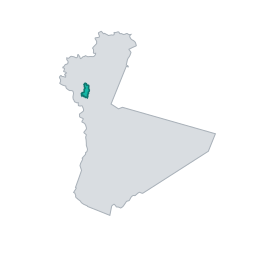 location of Bla, Ségou, Mali, rotated 112°
{"feature_id": "8926073B53903332689390", "entity_name": "Bla", "entity_type": "district", "adm_level": 2, "iso_a3": "MLI", "parent_name": "Mali", "parent_adm1": "Ségou", "projection": "mercator", "projection_center": [-5.818, 12.918], "detail": "fine", "context": "in_parent", "style": "filled", "palette": "teal", "viewbox_px": 256, "rotation_deg": 112, "n_neighbors": 0, "source": "geoboundaries", "source_scale": "gbopen_adm2", "svg_char_len": 5383}
<svg xmlns="http://www.w3.org/2000/svg" viewBox="0 0 256 256"><g transform="rotate(112 128 128)"><path d="M49.6,186.6L49.7,185.8L49.0,185.2L49.3,182.6L49.3,182.0L49.6,180.8L49.1,180.2L49.0,179.8L47.9,178.3L47.6,177.0L47.0,176.1L45.7,175.8L45.2,176.6L44.9,176.7L44.4,176.2L44.2,175.7L44.2,175.3L42.5,173.2L42.6,172.1L43.3,171.5L43.5,170.6L42.9,169.5L43.0,168.4L42.9,166.9L41.9,165.6L41.2,165.1L40.7,164.2L41.1,162.1L40.1,160.3L42.0,161.0L42.9,160.4L43.7,159.5L44.5,158.3L44.8,156.8L44.9,155.5L45.7,153.5L46.6,152.6L48.4,151.2L48.9,151.3L51.9,154.2L53.7,155.7L54.3,156.5L54.9,156.5L55.7,155.1L56.6,153.8L57.0,153.5L60.0,153.4L61.6,153.6L63.0,154.0L65.0,154.1L70.3,153.2L70.3,152.6L70.3,151.9L70.5,151.3L70.9,150.8L71.3,150.7L71.5,152.4L71.9,152.7L73.2,152.7L112.1,152.7L113.8,144.0L110.9,140.9L100.6,44.8L119.5,44.8L122.7,47.1L183.0,89.9L183.3,91.2L183.2,93.1L183.7,93.7L184.5,94.3L188.0,96.1L188.2,96.4L188.3,97.2L188.8,98.1L189.5,98.6L190.3,99.0L191.3,99.3L194.4,99.6L195.1,100.0L196.4,101.7L197.1,102.0L201.3,102.9L202.7,103.3L204.1,104.1L204.9,104.8L204.9,107.4L205.5,109.0L205.4,109.5L204.8,110.2L204.6,110.7L203.9,112.0L204.0,112.5L205.5,113.5L206.2,113.8L207.0,113.8L215.8,112.1L215.9,136.1L215.5,136.5L215.3,140.7L214.7,143.2L213.5,145.0L212.8,147.8L212.4,148.3L212.1,149.9L211.4,150.8L210.3,151.1L208.3,152.9L208.1,154.3L203.4,153.5L203.1,153.5L202.9,153.7L202.8,154.4L190.6,154.9L184.7,155.2L180.9,158.4L178.5,158.7L175.4,158.4L173.9,158.4L173.2,158.6L173.1,159.2L168.3,157.5L166.5,158.1L166.2,157.9L166.0,157.5L165.1,157.3L163.7,157.4L162.7,157.7L159.6,160.2L158.0,160.8L154.9,162.3L152.8,163.6L152.0,163.9L150.8,163.9L149.8,164.2L148.9,167.1L148.3,167.3L144.7,166.2L143.9,166.4L143.3,166.7L141.2,168.4L140.2,169.7L139.7,171.5L139.8,172.7L139.4,173.1L138.5,173.2L136.8,172.8L136.2,172.9L136.0,173.8L136.0,175.8L135.7,177.1L134.7,177.5L133.9,178.0L133.3,178.1L132.8,178.0L129.8,176.1L128.8,175.7L127.7,176.0L126.6,176.8L124.7,178.8L124.9,179.6L125.5,180.4L125.8,181.5L125.8,182.4L123.1,183.7L123.8,184.7L123.7,187.4L122.4,188.6L122.0,189.4L120.8,190.2L119.8,190.7L116.5,191.4L115.2,192.2L114.5,192.9L114.4,193.6L114.5,194.5L115.2,196.2L114.9,197.8L114.4,199.7L113.9,200.5L112.4,201.4L112.6,202.7L112.7,204.4L112.5,206.6L112.0,208.1L111.7,208.0L110.2,208.0L108.6,208.5L108.1,208.9L107.9,209.4L106.6,210.6L105.7,210.5L104.9,210.2L104.4,209.9L104.4,209.7L104.9,208.7L104.9,208.4L104.4,206.7L104.5,206.3L104.3,205.0L104.2,204.9L102.4,205.5L102.6,206.5L102.4,206.7L101.8,206.7L101.0,206.4L100.0,205.6L99.8,205.9L99.7,206.5L99.6,207.2L99.8,208.5L99.6,208.9L98.1,208.9L96.8,209.0L96.5,209.5L96.4,210.0L96.7,210.6L96.7,210.8L96.1,211.2L95.9,211.2L95.2,210.5L92.5,209.9L92.2,209.0L91.9,209.0L91.0,208.0L90.6,208.0L90.3,208.2L89.3,208.1L88.3,209.0L87.7,210.2L86.9,210.7L85.8,211.0L85.9,210.2L85.6,209.2L83.2,208.0L82.8,207.5L82.2,204.6L82.3,203.8L82.4,203.0L82.3,202.4L82.1,202.0L81.4,201.6L80.6,201.4L79.7,201.9L79.2,202.0L78.8,202.0L78.6,201.8L78.6,201.5L79.6,200.0L80.1,199.3L81.1,198.6L81.4,198.2L81.4,197.9L81.3,197.7L80.7,197.4L79.6,196.7L79.1,196.6L78.6,196.3L78.1,195.2L77.9,195.0L77.4,194.9L76.9,194.6L77.0,191.9L75.9,189.9L75.0,187.3L74.6,186.7L73.8,186.1L72.7,185.8L71.8,185.7L70.8,186.0L71.4,187.1L71.5,187.5L71.4,188.0L71.2,188.3L69.9,188.6L68.0,189.5L67.4,190.6L67.0,190.7L66.3,190.6L61.5,188.7L59.4,189.5L58.1,191.1L57.8,191.7L57.2,192.1L56.8,192.1L56.5,191.8L55.1,189.4L54.5,188.8L53.7,188.8L53.0,189.2L52.4,190.0L51.5,190.8L51.0,191.0L50.5,190.9L48.5,189.2L48.4,188.9L49.3,186.9L49.6,186.6Z" fill="#d9dde1" stroke="#a8b0b8" stroke-width="1"/><path d="M104.2,185.1L104.7,184.5L106.3,183.8L106.4,183.5L106.8,182.7L107.3,182.6L107.6,182.7L107.7,182.9L108.1,183.1L108.8,183.1L109.3,182.9L109.7,182.6L109.8,182.5L110.3,182.4L111.1,182.2L111.4,182.2L111.6,182.6L111.9,182.8L112.1,183.0L112.2,183.4L112.3,183.7L112.6,183.7L112.9,183.8L113.1,184.0L113.5,184.1L113.8,183.4L114.8,183.6L115.0,183.4L114.9,183.2L115.0,182.9L115.1,182.7L115.2,182.4L115.3,182.4L115.2,182.3L115.2,182.2L115.1,182.3L114.9,182.3L114.9,182.2L114.7,181.9L114.5,181.7L114.4,181.4L114.4,181.2L115.4,180.6L115.4,180.4L115.2,179.8L115.1,179.4L115.5,179.0L115.3,178.8L115.3,178.6L115.4,178.4L115.0,178.0L115.1,177.6L115.3,177.0L115.2,177.0L114.9,177.3L114.7,177.3L114.5,177.2L114.4,177.1L114.2,177.0L113.9,177.2L113.7,177.1L113.4,177.2L113.3,177.3L113.2,177.4L113.3,177.4L113.2,177.6L112.9,177.8L112.7,177.9L112.6,177.7L112.4,177.6L112.2,177.6L112.0,177.8L111.9,177.9L111.7,177.9L111.4,177.8L111.2,177.8L110.9,177.7L110.7,177.6L110.5,177.9L110.4,177.9L110.3,178.0L110.2,178.0L109.9,178.1L109.7,178.2L109.4,178.2L109.2,178.1L109.0,177.9L108.9,177.8L108.7,177.8L108.2,177.8L107.9,177.9L107.7,178.0L107.4,178.0L107.2,178.1L107.0,178.4L106.9,178.5L106.7,178.8L106.6,179.0L106.4,179.1L106.2,179.1L106.0,179.3L105.8,179.6L105.7,179.6L105.4,179.7L105.2,179.6L104.9,179.8L104.7,179.8L104.2,179.9L104.0,180.0L103.9,180.0L103.7,180.1L103.3,180.4L103.3,180.5L103.3,180.8L103.2,181.0L103.4,181.5L103.5,181.5L103.7,181.9L103.7,182.0L103.8,182.1L103.8,182.3L103.7,182.4L103.5,182.5L103.4,182.5L103.2,182.6L103.0,182.9L102.9,183.0L102.7,183.0L102.5,183.3L102.5,183.5L102.5,183.8L102.7,184.1L102.8,184.2L102.7,184.4L102.8,184.4L102.8,184.5L103.0,184.7L103.2,184.8L103.3,184.9L103.5,184.8L103.7,184.7L103.8,184.7L103.9,184.8L104.0,184.8L104.0,185.0L104.2,185.1Z" fill="#14b8a6" stroke="#0f766e" stroke-width="1.5"/></g></svg>